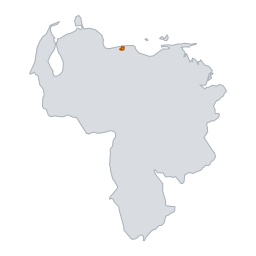 Distrito Capital highlighted on a map of Venezuela
{"feature_id": "VEN-43", "entity_name": "Distrito Capital", "entity_type": "Capital District", "adm_level": 1, "iso_a3": "VEN", "parent_name": "Venezuela", "parent_adm1": "", "projection": "equal_earth", "projection_center": [-67.01, 10.484], "detail": "fine", "context": "in_parent", "style": "filled", "palette": "amber", "viewbox_px": 256, "rotation_deg": 0, "n_neighbors": 0, "source": "natural_earth", "source_scale": "10m", "svg_char_len": 4055}
<svg xmlns="http://www.w3.org/2000/svg" viewBox="0 0 256 256"><path d="M223.6,86.2L226.4,90.9L226.1,92.1L224.4,93.2L223.5,95.9L221.4,97.1L218.4,100.3L216.5,100.6L213.5,106.0L215.2,110.2L214.8,112.4L215.5,113.5L219.0,113.6L219.4,114.7L218.9,116.5L218.3,117.6L213.6,121.1L211.4,120.7L210.4,121.8L207.4,122.5L206.6,124.6L207.3,127.4L207.7,132.0L203.9,137.4L213.4,151.8L214.4,152.6L215.4,155.9L215.1,157.9L213.4,160.2L211.0,162.0L209.6,164.9L208.2,165.5L205.6,165.3L204.3,166.9L202.7,167.6L201.6,169.8L192.9,173.5L189.1,172.4L184.7,175.1L184.0,181.9L182.6,183.5L181.0,183.4L175.6,176.6L172.8,177.6L171.0,176.6L165.6,176.9L163.1,173.0L157.5,172.7L155.4,170.1L154.4,170.0L154.0,170.9L156.1,175.2L162.7,183.6L162.7,191.1L165.8,201.6L165.3,204.9L167.0,205.9L174.9,206.7L174.8,210.4L173.8,212.1L172.2,212.4L168.2,215.3L165.8,216.2L164.3,222.3L163.0,224.1L161.5,225.5L158.9,225.6L155.3,229.5L154.0,229.4L151.0,231.4L146.1,237.1L144.4,240.6L143.2,240.6L143.7,237.6L143.1,236.0L141.9,235.1L140.8,234.9L139.5,235.7L135.9,238.7L132.3,239.4L130.5,238.0L123.9,230.1L123.8,227.4L122.3,221.1L119.0,209.4L119.0,207.1L113.8,201.2L113.1,199.2L110.9,198.4L109.6,199.2L109.9,197.2L117.0,188.8L117.6,187.0L114.8,181.5L113.3,180.0L112.5,178.1L110.7,171.6L110.2,166.5L109.6,165.5L110.4,153.2L110.1,150.5L110.6,148.4L112.0,147.0L112.8,144.8L112.9,141.9L113.7,139.4L115.2,137.5L115.7,135.7L115.1,132.6L113.8,131.4L109.6,130.5L108.4,131.4L100.7,133.1L96.8,133.1L93.9,132.3L91.7,132.5L89.1,134.2L87.8,133.3L86.7,133.7L76.5,117.5L72.8,117.1L67.7,114.8L63.7,116.7L62.0,116.8L54.8,115.9L50.9,116.7L49.2,115.9L48.1,114.6L46.3,109.3L43.6,108.4L42.5,106.3L42.9,97.6L44.2,95.2L43.7,91.3L43.4,89.5L39.8,84.7L37.9,75.2L35.5,74.7L34.8,72.7L34.1,72.3L32.2,73.6L30.1,74.1L29.6,73.6L34.9,61.9L37.0,48.2L39.7,41.5L43.2,36.1L46.1,34.5L50.4,25.3L59.6,21.5L57.2,24.3L51.7,26.1L50.4,27.2L50.5,30.2L52.1,34.6L54.9,38.0L53.6,38.4L54.2,41.5L55.5,43.6L55.5,45.0L54.5,49.2L50.2,55.7L47.9,61.4L49.6,64.8L49.9,66.5L53.0,70.8L52.7,72.5L54.0,75.9L56.2,76.4L60.5,74.2L62.8,70.6L63.3,63.6L62.9,61.1L60.3,55.0L58.5,52.7L57.0,47.4L56.3,42.6L57.5,41.5L57.4,39.0L60.3,38.3L66.8,34.2L70.8,33.2L75.3,31.0L77.3,28.2L78.0,28.0L80.3,29.6L81.5,29.1L82.0,27.8L81.3,25.2L75.9,26.1L74.6,21.0L75.8,16.9L78.7,15.4L80.8,17.8L82.1,25.1L84.0,28.9L89.8,28.2L95.7,29.9L101.9,35.2L103.7,40.6L102.9,42.0L103.3,44.4L104.2,46.7L105.6,48.2L109.5,48.6L122.3,45.9L133.0,45.5L135.1,46.6L135.3,48.6L138.8,52.8L149.3,56.4L153.3,55.9L162.9,48.9L168.0,49.1L169.5,48.0L167.6,46.9L163.3,46.5L162.0,47.2L161.3,45.4L167.4,44.9L172.9,45.3L177.3,44.0L180.9,44.0L184.4,43.2L191.1,44.2L196.3,43.4L195.7,44.5L191.2,45.4L189.1,47.1L184.5,46.8L181.4,47.4L182.4,47.9L182.4,49.7L183.3,50.0L184.7,52.2L185.0,53.9L183.9,56.7L185.2,56.4L185.9,55.5L185.9,53.6L186.7,53.9L190.0,62.1L191.5,60.1L192.4,61.3L192.4,58.2L193.5,58.3L196.0,60.4L198.5,65.0L198.1,61.5L200.1,61.4L200.6,59.9L204.7,65.0L209.0,66.5L212.3,70.3L211.6,72.2L209.7,73.2L208.9,74.3L207.5,80.4L205.7,85.2L200.3,85.2L204.9,88.9L206.5,87.4L208.8,87.3L212.2,85.3L216.9,86.2L218.9,84.6L221.4,84.9L223.6,86.2ZM167.7,35.7L168.2,38.3L166.8,40.5L164.8,40.6L163.2,39.1L162.4,39.4L159.7,38.7L160.5,37.3L162.5,36.6L163.9,38.2L165.2,38.3L165.5,37.0L167.1,35.0L167.7,35.7ZM211.3,78.4L208.4,80.4L208.3,78.4L210.5,76.0L211.5,77.4L211.3,78.4ZM148.0,40.1L147.2,40.6L145.1,39.5L145.5,38.8L146.7,38.8L148.0,40.1ZM211.9,74.7L210.1,75.3L210.6,73.9L212.4,73.1L213.1,73.4L211.9,74.7Z" fill="#d9dde1" stroke="#a8b0b8" stroke-width="1"/><path d="M122.0,46.6L122.2,46.8L122.3,46.8L122.5,46.9L122.6,47.0L122.8,47.0L123.1,47.0L123.3,46.9L123.5,47.0L123.8,47.1L124.1,47.5L124.2,47.8L124.0,48.2L123.8,48.4L123.7,48.7L123.6,49.7L123.2,49.6L122.9,49.6L122.6,49.7L122.4,49.9L122.0,50.1L121.9,50.1L121.7,50.1L121.4,50.1L121.0,50.0L120.4,49.6L120.0,49.5L120.0,49.4L119.9,49.4L119.9,49.2L120.3,48.9L120.5,48.8L120.8,48.8L120.9,48.7L121.0,48.5L121.3,48.5L121.3,48.4L121.3,48.2L121.4,47.9L121.3,47.7L121.4,47.4L121.5,47.4L121.8,47.2L121.8,46.9L121.9,46.7L122.0,46.6L122.0,46.6Z" fill="#f59e0b" stroke="#b45309" stroke-width="1.5"/></svg>